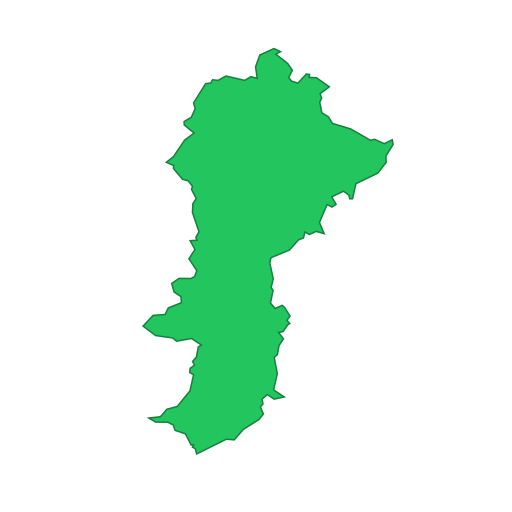 Kratovo, Rankovce, North Macedonia (Mercator projection), rotated 103°
{"feature_id": "65306769B16547433729319", "entity_name": "Kratovo", "entity_type": "district", "adm_level": 2, "iso_a3": "MKD", "parent_name": "North Macedonia", "parent_adm1": "Rankovce", "projection": "mercator", "projection_center": [22.15, 42.098], "detail": "fine", "context": "isolated", "style": "filled", "palette": "green", "viewbox_px": 512, "rotation_deg": 103, "n_neighbors": 0, "source": "geoboundaries", "source_scale": "gbopen_adm2", "svg_char_len": 1957}
<svg xmlns="http://www.w3.org/2000/svg" viewBox="0 0 512 512"><g transform="rotate(103 256 256)"><path d="M144.5,355.4L150.1,344.0L159.1,351.6L177.8,358.8L184.9,364.5L186.4,356.6L189.2,356.2L197.8,344.9L198.0,339.1L202.5,333.5L205.5,333.9L213.5,327.2L219.2,329.3L227.9,327.7L245.2,317.0L251.4,318.8L253.9,317.1L255.9,323.6L263.3,317.0L273.8,320.7L283.6,310.4L289.8,311.2L292.5,314.2L295.1,325.9L301.7,332.0L309.5,327.7L312.5,320.0L318.2,318.1L326.3,329.8L333.4,331.4L337.0,342.9L349.7,350.3L356.1,335.9L354.6,318.8L356.9,314.3L350.9,300.3L355.0,289.2L357.6,291.8L367.8,291.3L373.0,294.1L376.2,291.4L380.2,294.9L384.5,294.4L385.7,290.1L402.2,290.0L420.3,298.9L425.4,308.4L434.1,313.0L438.0,324.0L440.4,316.5L437.8,304.5L439.3,298.6L444.1,295.7L445.2,284.7L454.8,276.7L454.2,274.2L456.6,274.9L457.3,271.9L462.2,269.3L441.1,243.6L440.1,235.9L427.6,229.2L414.9,216.5L408.3,213.2L402.1,217.8L398.6,215.9L394.2,217.9L388.4,213.8L391.4,206.2L387.0,196.8L382.5,208.7L365.8,208.8L350.6,215.5L347.3,213.0L337.9,213.4L330.5,210.6L325.4,216.8L323.6,212.6L315.6,209.5L314.3,207.9L311.6,211.4L306.9,209.3L299.5,216.8L298.2,219.5L302.8,225.5L298.6,231.3L285.7,231.6L283.4,234.1L274.3,234.1L259.6,241.0L254.3,241.0L242.6,224.7L230.7,218.2L227.8,213.8L221.6,213.7L223.0,208.8L218.5,202.9L218.9,194.6L209.0,201.7L189.9,198.3L191.2,192.9L187.6,189.6L181.3,195.5L173.2,185.3L175.8,179.2L179.2,177.6L178.5,174.8L163.1,174.9L147.8,155.9L135.6,150.3L129.2,151.9L116.5,147.5L112.1,149.4L117.7,156.3L115.6,166.6L117.5,170.5L110.9,192.4L109.6,211.4L104.1,216.7L101.7,224.0L91.8,228.5L87.5,227.5L83.4,230.1L74.7,222.6L68.7,237.2L70.0,244.5L67.1,244.6L67.3,247.8L78.2,254.1L77.5,260.8L74.7,264.3L66.9,262.3L61.3,268.4L54.9,282.1L51.4,278.1L49.8,285.1L59.3,297.5L71.8,299.0L82.6,294.8L82.4,301.3L87.4,306.5L87.4,325.8L93.4,332.5L94.1,338.0L97.7,339.1L99.3,343.8L120.9,351.3L126.1,348.4L135.4,350.3L141.1,356.3L144.5,355.4Z" fill="#22c55e" stroke="#15803d" stroke-width="1.5"/></g></svg>